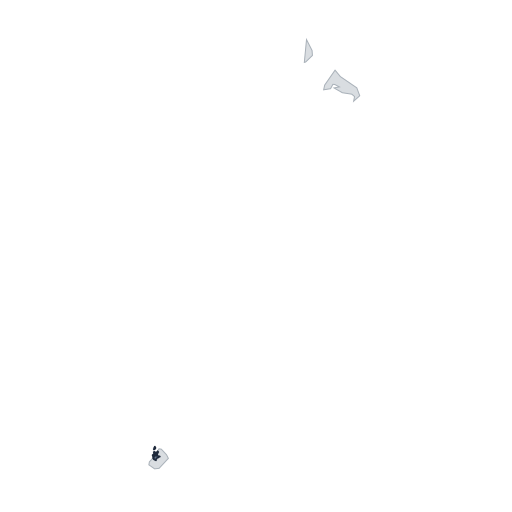 Neiafu, Vava'u, Tonga (highlighted), rotated 184°
{"feature_id": "48082658B15752007893328", "entity_name": "Neiafu", "entity_type": "district", "adm_level": 2, "iso_a3": "TON", "parent_name": "Tonga", "parent_adm1": "Vava'u", "projection": "natural_earth1", "projection_center": [-173.963, -18.667], "detail": "fine", "context": "in_parent", "style": "filled", "palette": "slate", "viewbox_px": 512, "rotation_deg": 184, "n_neighbors": 0, "source": "geoboundaries", "source_scale": "gbopen_adm2", "svg_char_len": 3240}
<svg xmlns="http://www.w3.org/2000/svg" viewBox="0 0 512 512"><g transform="rotate(184 256 256)"><path d="M189.4,432.6L191.3,432.6L193.3,428.1L200.1,426.5L199.4,431.3L190.1,446.9L184.3,440.8L167.2,430.8L163.7,423.1L169.4,417.2L168.8,421.9L171.7,424.1L181.3,424.9L189.9,429.1L184.6,430.5L189.4,432.6ZM344.2,47.9L339.3,56.9L337.0,56.7L331.4,51.5L329.3,48.0L337.9,37.4L342.3,36.6L348.3,40.2L348.0,43.2L344.2,47.9ZM221.3,452.5L220.7,475.4L214.4,464.9L213.7,460.0L220.0,453.0L221.3,452.5Z" fill="#d9dde1" stroke="#a8b0b8" stroke-width="1"/><path d="M341.5,45.5L341.5,45.8L341.6,46.0L341.7,46.3L341.4,46.6L341.1,46.7L340.9,46.9L340.9,47.2L340.8,47.3L340.7,47.4L340.5,47.8L340.3,48.0L340.1,48.0L339.9,47.9L339.5,48.0L339.4,48.1L339.3,48.3L339.2,48.5L339.0,48.8L338.9,48.7L338.6,48.8L338.4,48.9L338.2,48.9L337.9,49.1L337.9,49.3L338.2,49.5L338.5,49.5L338.7,49.3L338.8,49.2L339.0,49.2L339.1,49.3L339.2,49.5L339.3,49.6L339.8,49.6L340.0,49.7L340.0,49.8L340.3,49.9L340.3,50.0L340.5,50.3L340.5,50.5L340.7,51.0L340.6,51.4L340.7,51.6L340.7,51.8L340.6,52.2L340.5,52.3L340.8,52.5L340.5,52.4L340.5,52.7L340.4,52.9L340.3,53.0L340.3,53.4L340.2,53.4L339.9,53.5L340.0,53.7L340.0,53.8L339.9,53.7L340.0,53.8L340.2,54.1L340.4,54.1L340.6,54.1L340.7,53.9L340.5,54.0L340.4,54.0L340.3,53.9L340.4,53.7L340.5,53.6L340.8,53.7L340.7,53.8L340.8,53.8L340.7,53.9L341.0,53.6L341.3,53.5L341.4,53.4L341.5,53.3L341.5,53.2L341.4,52.7L341.4,52.3L341.5,52.0L341.5,51.9L341.4,51.8L341.4,51.5L341.3,51.1L341.3,50.9L341.4,50.6L341.1,50.4L341.0,50.1L341.1,49.9L341.3,49.7L341.6,49.6L341.8,49.7L341.8,49.9L342.0,49.9L342.5,50.1L342.8,50.2L342.8,50.3L342.8,50.5L342.7,51.0L342.7,51.3L342.7,51.5L342.5,51.8L342.4,51.9L342.1,52.2L342.2,52.3L342.3,52.4L342.6,52.5L342.8,52.5L342.9,52.4L342.9,52.2L343.0,52.0L343.2,51.8L343.1,51.7L343.1,51.3L343.1,51.2L343.2,50.9L343.3,50.9L343.2,50.8L343.0,50.7L342.9,50.4L343.0,50.2L343.1,50.3L343.1,50.2L343.3,50.1L343.1,49.9L343.1,49.7L343.0,49.4L343.2,49.2L343.3,49.2L343.3,49.3L343.4,49.1L343.5,49.1L343.7,48.9L343.8,48.9L344.1,48.9L344.1,49.0L344.3,49.0L344.2,49.3L344.4,49.4L344.4,49.5L344.5,49.8L344.4,49.9L344.5,49.9L344.5,50.0L344.4,50.1L344.5,50.3L344.4,50.5L344.2,50.5L344.2,50.8L344.2,50.7L344.4,50.7L344.5,50.7L344.5,50.8L344.6,50.7L344.9,50.5L345.0,50.5L345.1,50.4L345.3,50.2L345.3,49.9L345.2,49.8L345.0,49.7L344.9,49.7L344.7,49.7L344.5,49.8L344.5,49.7L344.7,49.4L344.5,49.0L344.8,49.1L344.9,48.9L344.8,48.7L344.7,48.6L344.4,48.6L344.3,48.4L344.4,48.2L344.6,47.7L344.7,47.4L344.6,47.1L344.4,46.9L344.2,47.0L344.2,47.3L343.9,47.3L343.6,47.2L343.6,46.8L343.6,46.7L343.5,46.1L343.4,46.0L343.5,45.9L343.1,45.7L342.4,45.4L342.4,45.5L341.8,45.4L341.7,45.6L341.5,45.5ZM344.1,55.8L343.8,56.0L343.3,56.4L343.2,56.6L343.0,56.9L342.9,57.0L343.0,57.6L342.9,57.8L343.0,58.0L343.2,58.3L343.3,58.4L343.4,58.6L343.6,58.8L343.8,58.7L343.8,58.4L343.8,58.2L343.9,57.7L343.8,57.3L343.8,57.2L343.7,57.1L343.7,56.8L343.8,56.8L343.8,56.7L344.0,56.5L344.2,56.4L344.3,56.5L344.3,56.4L344.5,56.3L344.6,56.2L344.4,55.8L344.1,55.8ZM344.1,52.3L344.0,52.6L343.9,52.7L343.6,52.8L343.4,53.0L343.2,53.4L343.6,53.6L343.9,53.6L344.0,53.5L344.2,53.4L344.3,53.3L344.2,53.2L344.1,52.8L344.1,52.6L344.2,52.4L344.1,52.3Z" fill="#64748b" stroke="#1e293b" stroke-width="1.5"/></g></svg>